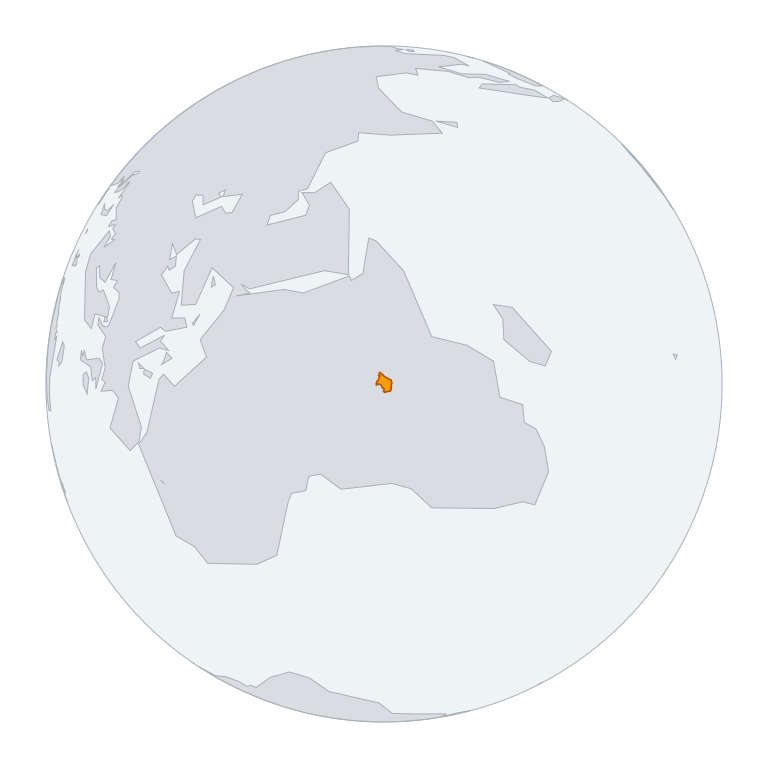 Nord-Kivu highlighted on a globe, orthographic projection, rotated 294°
{"feature_id": "COD-1898", "entity_name": "Nord-Kivu", "entity_type": "Province", "adm_level": 1, "iso_a3": "COD", "parent_name": "Democratic Republic of the Congo", "parent_adm1": "", "projection": "orthographic", "projection_center": [28.468, -0.551], "detail": "fine", "context": "on_globe", "style": "filled", "palette": "amber", "viewbox_px": 768, "rotation_deg": 294, "n_neighbors": 0, "source": "natural_earth", "source_scale": "10m", "svg_char_len": 8672}
<svg xmlns="http://www.w3.org/2000/svg" viewBox="0 0 768 768"><g transform="rotate(294 384 384)"><circle cx="384" cy="384" r="338" fill="#eef3f6" stroke="#a8b0b8"/><path d="M194.3,104.3L182.9,113.0L177.7,117.0L168.0,124.2L194.3,104.3ZM151.5,138.8L153.6,136.8L149.0,141.2L147.0,143.1L151.5,138.8ZM50.5,329.7L48.9,348.6L52.3,358.7L53.1,373.1L52.1,382.1L54.6,384.7L54.7,390.6L70.1,399.7L82.4,414.7L85.1,435.4L80.7,459.1L90.6,509.2L86.4,525.5L94.7,545.5L107.7,574.5L104.0,572.4L114.7,586.7L120.6,595.3L120.7,595.8L106.6,576.9L93.8,557.1L82.4,536.4L72.5,515.0L64.1,492.9L57.3,470.3L52.0,447.2L48.4,423.9L46.5,400.4L46.2,376.7L47.5,353.2L50.5,329.7ZM175.3,649.7L172.1,646.9L174.3,648.5L177.0,650.9L175.3,649.7ZM690.1,240.9L695.2,253.0L695.8,260.3L697.7,266.1L693.2,258.5L694.4,269.1L708.5,305.0L710.6,315.2L709.1,332.7L707.8,325.1L696.0,304.7L698.9,328.7L708.1,350.6L711.5,375.6L706.6,366.8L702.6,344.9L698.3,337.1L695.8,315.9L685.2,284.5L680.0,289.4L676.9,277.1L661.5,251.9L652.1,258.6L639.6,289.5L643.8,321.3L636.8,335.1L614.0,288.7L603.3,258.8L595.3,261.3L571.5,236.6L531.2,234.7L525.3,227.3L517.8,230.7L501.0,223.4L491.8,211.7L481.7,212.5L506.2,243.7L517.0,243.2L525.6,231.2L530.4,242.7L546.6,253.2L529.6,281.2L469.4,307.0L463.3,283.5L416.0,222.2L417.3,215.5L417.1,214.8L416.5,213.5L412.4,224.3L404.2,213.0L429.8,254.4L434.2,273.1L468.6,308.4L465.4,312.2L476.4,319.7L511.2,310.7L511.5,318.7L495.2,356.1L446.7,408.4L453.1,444.0L449.4,474.7L419.0,495.3L421.5,519.2L405.8,527.8L404.7,541.3L392.0,556.0L370.9,570.0L335.0,571.0L332.8,558.6L315.0,535.1L290.3,478.0L299.4,451.4L296.2,431.2L270.3,387.5L276.0,362.8L269.0,352.8L254.7,355.9L246.6,344.1L237.9,344.3L183.9,355.7L167.6,341.2L148.5,295.9L158.4,276.8L160.6,255.9L229.1,184.4L243.2,187.1L296.7,176.6L303.3,178.6L296.6,193.5L336.4,210.9L349.8,198.0L386.3,207.8L410.8,207.4L420.3,179.7L380.1,179.6L373.5,166.7L406.1,155.4L441.3,157.6L439.9,152.8L418.0,141.8L426.4,133.6L410.4,137.6L416.6,142.3L406.8,145.4L400.5,141.4L403.7,138.4L393.2,136.3L380.6,153.0L385.5,159.6L357.8,163.2L363.3,175.0L355.7,180.8L343.4,163.2L344.9,156.7L321.7,139.8L317.6,146.6L339.2,163.6L332.3,162.4L327.0,173.5L325.6,164.2L303.0,145.5L278.2,151.1L246.0,179.9L231.6,183.5L219.9,179.2L232.4,151.6L263.0,147.2L267.9,138.9L262.3,128.4L272.1,128.5L273.6,124.2L285.2,122.8L302.2,112.0L314.2,110.5L321.5,98.6L328.6,96.6L322.2,103.9L324.2,108.8L353.9,107.3L359.8,104.7L362.2,97.6L370.1,98.8L368.5,92.1L385.9,89.7L363.4,87.7L365.6,81.0L376.4,76.1L373.1,74.0L355.5,82.1L352.1,86.0L355.7,89.5L342.9,101.8L332.6,104.2L330.6,91.4L315.7,94.1L320.7,84.3L365.2,65.7L383.4,63.1L412.2,70.7L407.7,74.0L395.0,72.5L406.1,79.3L405.5,76.0L412.0,77.6L415.8,72.9L420.6,73.9L415.9,68.3L422.2,69.0L425.1,72.5L436.0,67.8L449.3,69.1L449.4,67.7L445.8,65.8L465.1,69.6L464.4,68.5L457.8,66.7L452.0,63.6L449.3,60.1L456.1,61.5L458.0,63.0L472.2,69.0L476.2,73.6L478.8,74.0L476.9,70.4L459.5,62.9L456.0,60.5L465.0,63.5L461.4,62.2L461.8,61.5L468.6,62.5L459.0,59.2L453.8,53.7L466.4,56.3L475.0,58.8L476.5,59.0L499.4,66.4L521.8,75.4L543.4,86.0L564.3,98.2L584.2,111.8L603.1,126.7L620.9,143.0L637.5,160.5L652.7,179.1L666.7,198.8L679.2,219.5L690.1,240.9ZM205.3,218.7L203.3,224.8L205.3,218.7ZM478.8,175.5L499.7,177.4L489.7,160.6L497.0,160.3L490.9,155.2L488.9,159.5L474.1,145.9L482.9,141.9L480.1,135.4L472.9,134.6L459.2,144.5L480.3,163.3L475.7,169.8L478.8,175.5ZM51.8,322.2L51.3,324.7L51.8,322.2ZM162.2,130.6L154.6,137.9L158.6,133.6L154.4,137.1L157.6,133.2L175.3,118.9L166.7,125.7L162.2,130.6ZM270.3,105.3L274.0,107.2L269.2,112.0L254.1,116.8L260.9,109.5L270.3,105.3ZM280.4,109.1L282.7,96.6L292.2,94.0L286.5,97.4L292.5,96.9L285.0,102.4L291.8,113.3L288.0,118.5L262.2,122.8L272.7,118.1L268.4,116.1L280.4,109.1ZM271.8,78.4L272.9,75.4L292.0,73.3L288.8,76.4L273.5,80.6L268.3,79.5L271.8,78.4ZM337.2,49.3L337.1,49.5L342.1,48.8L350.5,48.0L351.6,48.5L344.1,49.0L350.7,49.6L340.8,50.7L342.2,50.7L334.9,52.2L328.4,54.3L324.0,54.8L323.4,55.5L318.5,56.8L316.2,58.1L307.5,59.8L303.9,61.7L301.8,61.4L298.0,64.5L296.9,63.1L290.5,65.4L295.0,65.5L253.6,76.1L237.1,83.3L223.9,90.6L223.8,88.5L236.1,81.0L254.1,72.4L270.0,66.4L267.1,67.1L273.9,64.7L273.3,65.1L278.2,63.2L283.6,61.5L299.6,56.8L299.9,56.7L337.2,49.3ZM311.2,172.9L316.3,173.3L324.5,172.4L321.3,179.9L311.2,172.9ZM295.4,160.2L300.2,159.1L299.6,168.2L294.2,168.2L295.4,160.2ZM303.2,151.3L300.5,158.3L298.8,154.5L303.2,151.3ZM326.7,102.9L331.8,101.8L332.1,103.4L329.1,106.1L326.7,102.9ZM368.8,54.3L365.3,53.6L366.9,53.1L365.2,51.0L372.4,50.6L376.2,51.7L368.8,54.3ZM413.2,184.3L405.9,189.6L402.3,187.0L405.5,185.7L413.2,184.3ZM361.2,184.2L372.9,187.5L360.2,186.2L361.2,184.2ZM376.3,53.5L374.8,52.5L379.4,53.0L376.3,53.5ZM377.5,50.3L382.9,50.6L373.1,50.4L377.5,50.3ZM529.0,635.9L529.7,640.2L525.1,640.4L529.0,635.9ZM506.2,469.8L481.9,523.7L466.2,523.9L463.9,508.0L473.3,475.4L491.7,466.2L501.0,451.5L506.2,469.8ZM718.0,435.6L717.6,437.0L718.1,433.6L718.1,434.7L718.0,435.6ZM717.9,433.0L713.5,429.1L710.8,423.6L712.3,418.0L716.7,421.6L717.9,433.0ZM712.0,417.7L706.6,399.6L693.2,350.5L698.2,351.9L711.0,382.6L710.3,387.4L713.6,401.4L712.0,417.7ZM720.9,357.3L721.3,364.9L721.8,374.2L721.9,381.8L721.6,392.7L720.8,407.5L719.2,404.1L718.0,400.8L717.3,381.0L717.7,371.7L719.0,372.7L719.4,343.2L720.1,348.8L720.9,357.3ZM645.2,324.4L652.7,343.9L648.4,346.9L645.2,324.4ZM717.4,328.7L718.2,334.8L716.9,325.8L717.4,328.7ZM700.9,275.3L699.8,276.2L698.1,271.4L698.5,267.6L700.9,275.3ZM435.4,55.2L429.7,57.9L430.4,61.1L438.2,64.1L424.7,61.7L423.7,56.7L435.4,55.2ZM450.8,53.4L443.9,51.8L448.4,52.5L450.6,53.0L450.8,53.4ZM445.6,52.4L434.4,50.6L431.5,49.8L440.9,51.3L445.6,52.4ZM405.4,50.1L403.2,50.7L399.6,50.1L405.4,50.1ZM661.2,577.3L660.6,578.1L663.0,573.8L669.6,564.0L686.2,532.5L686.1,533.5L695.2,512.9L700.3,502.8L689.4,528.7L676.3,553.6L661.2,577.3Z" fill="#d9dde1" stroke="#a8b0b8" stroke-width="1"/><path d="M390.5,388.9L390.3,389.0L390.1,389.2L389.9,389.4L389.7,389.6L389.2,389.7L389.1,389.8L388.9,390.1L388.6,390.4L388.5,390.5L388.4,390.8L388.2,391.0L387.4,390.9L386.8,391.0L386.7,391.0L386.6,390.9L386.5,390.6L386.4,390.6L386.2,390.7L386.2,390.8L385.9,391.2L385.6,391.3L385.4,391.3L385.2,391.3L384.9,391.8L384.7,392.0L384.4,392.1L384.2,392.1L383.9,392.0L383.8,391.6L383.7,391.6L383.6,391.4L383.4,391.4L383.3,391.5L383.2,391.8L383.2,392.2L383.2,392.3L383.0,392.5L382.9,392.6L382.2,392.7L382.0,392.8L381.7,392.9L381.2,392.9L380.9,392.7L380.6,392.4L380.4,392.3L380.1,392.4L379.8,392.6L379.6,392.2L379.6,391.6L379.5,391.4L379.4,391.3L379.2,391.2L378.9,390.8L378.5,390.5L378.4,390.4L378.3,390.2L378.0,389.7L376.8,388.3L376.6,388.1L376.6,387.9L376.8,387.7L377.0,387.7L377.0,387.8L377.1,387.7L377.2,387.8L377.3,387.8L377.3,387.7L377.2,387.5L377.1,387.4L377.0,387.2L376.9,387.1L376.9,386.9L376.9,386.7L377.0,386.6L377.3,386.4L377.5,386.4L377.9,386.2L378.0,386.1L378.3,386.1L378.5,386.2L378.5,386.3L378.8,386.2L379.2,386.2L379.3,386.2L379.8,386.0L379.8,385.9L379.9,385.5L380.1,385.1L380.2,384.9L380.2,384.7L379.6,384.1L380.0,383.9L380.5,383.4L380.6,383.2L380.8,382.9L381.0,382.7L381.3,382.5L381.7,382.3L381.8,382.2L381.9,381.8L382.0,381.7L381.9,381.5L381.9,381.4L381.8,381.1L381.8,380.8L381.8,380.7L381.8,380.3L381.8,380.2L382.0,380.0L382.0,379.9L382.0,379.7L381.9,379.6L382.0,379.5L381.9,379.4L381.7,379.3L381.6,379.2L381.6,378.9L381.6,378.6L381.5,378.4L381.5,378.2L381.4,378.2L381.2,377.9L381.0,378.0L381.0,377.9L380.9,377.9L380.7,377.9L380.4,377.9L380.2,377.8L380.2,377.7L379.8,377.6L379.7,377.5L379.7,377.4L379.8,377.4L380.0,377.3L380.5,377.3L380.6,377.2L380.8,377.1L381.0,376.9L381.3,376.7L381.6,376.6L383.2,376.4L383.3,376.4L383.5,376.4L383.5,376.5L384.1,377.0L384.3,377.2L384.4,377.3L384.5,377.3L385.6,377.1L386.1,377.0L386.7,377.1L387.0,377.1L387.3,377.1L387.8,376.8L387.9,376.7L388.0,376.7L388.3,376.7L388.4,376.8L388.5,376.8L388.9,376.9L389.0,376.9L389.3,377.1L389.5,377.1L389.8,377.0L389.9,376.9L390.0,376.8L389.9,376.7L389.5,376.6L389.4,376.5L389.3,376.4L389.3,376.2L389.4,375.9L389.5,375.8L389.5,375.7L390.2,375.9L390.3,375.9L390.5,375.9L390.6,375.7L390.9,375.6L391.1,375.5L391.3,375.6L391.5,375.5L391.7,375.3L391.8,375.2L392.1,375.1L392.4,375.4L392.4,375.5L392.5,375.5L392.9,375.7L392.8,375.8L392.7,375.9L392.6,376.1L392.6,376.5L392.6,377.0L392.7,377.6L392.7,377.8L392.6,378.0L392.2,378.5L392.0,378.8L391.9,379.7L391.8,379.8L391.7,379.8L391.6,379.7L391.6,379.8L391.3,380.2L391.3,380.3L391.3,380.7L391.3,380.8L391.2,381.1L390.8,383.4L390.9,383.5L391.0,383.7L391.0,384.1L390.9,384.2L390.8,384.3L390.8,384.5L390.7,385.0L390.7,385.4L390.8,385.5L390.7,385.8L390.7,386.0L390.4,386.2L390.4,386.3L390.4,386.5L390.4,386.8L390.5,387.0L390.4,387.6L390.5,387.8L390.6,388.0L390.5,388.3L390.6,388.5L390.5,388.9Z" fill="#f59e0b" stroke="#b45309" stroke-width="1.5"/></g></svg>